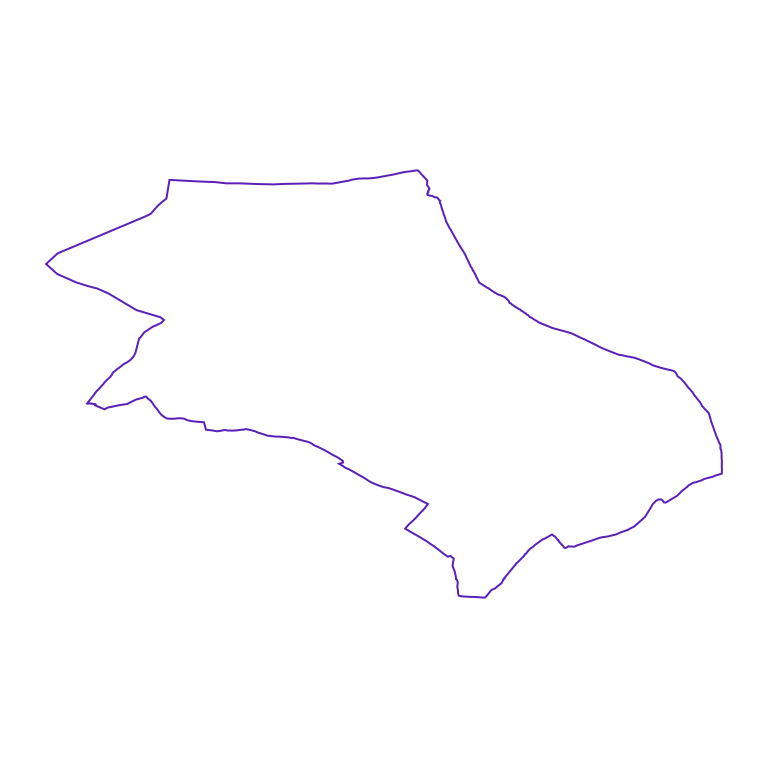 the district of Gjerstad nor, Aust-Agder, Norway
{"feature_id": "86288312B47450701300036", "entity_name": "Gjerstad nor", "entity_type": "district", "adm_level": 2, "iso_a3": "NOR", "parent_name": "Norway", "parent_adm1": "Aust-Agder", "projection": "equal_earth", "projection_center": [8.999, 58.878], "detail": "fine", "context": "isolated", "style": "outline", "palette": "violet", "viewbox_px": 768, "rotation_deg": 0, "n_neighbors": 0, "source": "geoboundaries", "source_scale": "gbopen_adm2", "svg_char_len": 6095}
<svg xmlns="http://www.w3.org/2000/svg" viewBox="0 0 768 768"><path d="M721.8,473.6L721.9,470.4L721.8,465.3L721.9,464.3L721.8,463.4L721.9,460.7L721.6,457.7L721.6,453.5L721.4,451.9L721.1,450.0L720.6,449.2L720.3,447.7L720.6,445.8L720.3,444.7L718.9,442.3L717.8,439.2L716.3,435.9L711.0,421.0L710.3,418.3L708.8,413.1L705.9,410.2L701.9,405.7L701.2,404.1L700.0,402.2L698.1,399.8L696.7,398.2L695.8,396.9L694.3,395.2L693.6,394.2L693.3,393.3L692.7,392.5L692.5,392.0L691.5,391.2L690.3,389.7L688.7,388.0L687.1,386.1L686.4,385.0L684.5,382.7L683.8,381.7L682.9,381.0L681.0,378.7L679.8,377.9L677.6,376.2L677.4,375.8L676.1,373.3L674.3,371.2L672.1,370.5L664.2,368.7L659.9,367.5L652.8,365.3L649.1,363.3L642.7,360.7L634.4,357.7L626.7,356.3L625.2,355.9L624.2,355.8L622.7,355.3L618.6,354.7L604.6,349.2L599.1,346.7L596.0,345.0L587.1,340.7L584.7,339.4L583.1,338.8L579.5,337.2L576.0,335.4L571.1,333.2L564.5,331.3L552.7,328.1L538.5,322.3L537.2,321.3L533.9,319.4L532.6,318.3L531.8,318.0L531.5,317.7L529.8,317.0L529.5,316.8L528.4,315.4L526.8,314.5L525.2,313.1L523.9,312.4L522.5,311.2L521.4,310.8L521.1,310.4L520.4,309.7L518.8,309.0L517.6,308.2L517.1,307.8L516.0,307.4L515.5,306.9L514.7,306.5L514.1,305.9L512.1,304.7L511.3,303.8L510.7,303.4L509.6,303.0L508.8,301.0L505.8,298.0L504.7,297.1L501.4,295.6L497.7,294.3L491.7,290.6L488.2,288.1L486.8,287.5L485.6,286.7L479.5,282.8L478.7,281.8L478.1,280.1L475.9,276.2L475.7,275.1L475.1,274.3L474.0,272.0L473.3,271.2L473.3,270.7L472.8,270.3L472.0,268.4L471.7,267.7L470.6,266.7L470.4,266.0L470.4,265.3L469.4,263.9L468.6,261.7L466.3,257.3L465.7,255.6L464.0,252.5L460.3,246.8L458.0,242.9L452.4,232.8L450.7,229.9L450.4,229.2L449.5,227.9L446.2,221.6L444.9,217.3L443.7,214.3L443.4,213.0L441.8,208.4L440.9,204.7L440.0,203.0L440.0,202.4L439.4,200.2L439.5,200.2L438.8,199.5L438.5,199.0L437.4,197.8L436.8,197.6L436.2,197.2L435.2,197.4L434.9,197.4L432.4,196.0L430.8,195.8L429.6,195.5L428.5,195.1L427.8,195.0L427.6,194.6L427.3,194.5L427.3,193.7L427.7,193.1L427.6,192.9L428.0,192.3L428.4,192.0L428.4,191.9L428.3,191.6L428.0,191.4L428.3,190.7L429.5,189.1L429.5,188.9L429.2,188.6L429.0,188.0L428.3,186.7L427.7,186.0L427.0,184.7L427.2,183.0L427.1,182.4L427.2,182.1L427.3,180.6L425.8,178.9L421.0,173.8L420.2,172.7L417.9,170.4L416.4,170.4L409.9,171.4L405.3,171.9L400.3,172.9L396.3,173.9L393.0,174.6L377.2,177.5L373.4,178.0L367.2,178.5L365.3,178.4L362.4,178.5L359.6,178.5L351.7,179.7L349.0,180.6L340.6,182.1L332.6,183.6L316.7,183.5L312.1,183.3L305.4,183.5L285.0,183.9L273.2,184.4L256.6,184.0L237.8,183.3L225.7,183.3L215.4,182.1L209.3,181.9L197.3,181.4L169.5,179.9L166.4,198.6L162.1,202.0L160.4,203.5L158.1,205.5L154.8,209.1L150.9,213.7L146.1,216.1L57.7,253.3L46.1,264.0L57.2,274.0L76.2,282.4L87.6,286.0L97.4,288.6L108.5,293.5L136.7,310.2L160.3,317.2L164.0,320.0L161.3,322.8L159.8,323.6L155.8,325.5L153.4,326.3L144.3,332.3L140.4,337.5L139.2,338.3L136.2,349.9L136.1,350.1L135.5,352.6L133.7,356.3L131.2,359.3L127.5,362.1L124.1,363.9L113.2,372.3L112.4,373.6L112.1,374.5L110.1,377.1L107.5,379.4L104.5,382.4L103.5,383.9L100.3,387.3L98.4,389.6L96.4,391.4L93.1,395.9L87.1,403.5L87.7,403.8L89.4,403.3L90.6,403.6L91.9,403.7L92.2,403.7L92.3,403.9L94.9,404.0L95.5,404.2L95.7,404.5L95.2,405.4L104.6,409.3L107.6,407.6L120.7,404.9L125.1,404.3L127.0,404.1L130.2,402.4L136.4,399.4L138.3,399.1L139.6,398.5L142.4,398.0L144.2,396.8L145.7,396.5L146.3,396.8L147.1,397.6L147.2,397.9L149.4,399.8L150.1,400.2L150.8,400.8L153.3,404.2L154.9,406.8L156.8,408.7L159.3,412.3L161.1,414.5L163.4,416.4L165.4,417.7L167.3,418.6L172.0,418.8L175.9,418.6L176.8,418.4L178.9,418.2L181.5,418.4L183.9,418.6L185.5,419.3L186.9,420.1L191.5,421.1L195.7,421.6L204.0,422.3L206.0,429.7L211.2,430.3L217.2,431.3L219.6,431.0L225.1,429.9L227.3,430.5L233.6,430.6L237.5,430.3L240.3,429.9L243.4,429.6L245.2,429.2L246.1,429.1L250.7,430.1L255.8,431.5L256.4,431.9L258.6,432.8L263.6,434.3L267.2,435.6L275.7,436.6L278.8,436.6L288.9,437.4L291.2,438.1L293.0,437.8L297.1,439.1L302.7,440.5L304.1,441.0L306.4,441.4L309.6,442.4L312.9,444.3L313.4,444.8L314.9,445.6L321.3,448.5L327.5,451.8L331.8,454.4L338.4,457.8L342.7,460.8L343.1,462.5L339.1,463.8L341.9,465.4L345.6,467.9L348.4,469.0L364.5,478.1L369.0,481.1L371.3,482.4L377.9,485.2L381.6,486.5L384.3,487.3L388.1,487.9L389.7,488.4L397.7,491.2L400.3,492.2L403.7,493.4L404.6,493.9L411.4,496.1L414.8,497.3L417.0,498.5L420.2,500.0L421.2,500.6L427.9,504.0L424.4,508.7L418.5,514.8L416.3,517.4L412.8,520.8L409.8,523.5L407.0,526.4L405.2,528.7L408.4,530.5L409.9,531.5L419.7,537.0L425.3,540.5L426.7,541.2L429.5,543.3L433.0,545.6L437.9,549.2L443.9,554.0L447.9,556.7L450.2,555.9L452.8,557.9L453.7,558.4L453.7,559.1L453.4,560.9L452.5,565.1L453.0,567.0L454.7,571.5L455.6,575.6L455.8,576.5L456.0,577.9L456.0,579.2L456.9,579.8L457.7,582.1L457.7,583.9L457.4,585.5L457.3,586.5L457.5,588.3L457.8,589.1L458.0,590.9L458.0,592.7L458.2,593.7L458.7,595.5L459.0,595.8L460.7,596.2L463.5,596.5L471.1,596.9L475.6,597.0L477.3,597.2L479.7,597.3L482.5,597.6L485.2,597.5L487.1,595.4L489.1,592.9L490.0,591.6L491.1,590.4L492.2,589.6L493.8,588.9L495.4,588.3L496.8,586.8L501.4,583.3L502.7,581.0L503.4,579.6L504.0,579.0L503.7,578.9L514.9,565.3L515.8,564.4L515.8,563.7L517.1,562.8L524.5,555.5L524.6,554.4L526.1,553.6L528.4,550.5L530.4,548.6L533.0,546.8L535.2,544.8L542.3,539.6L545.3,538.3L552.0,534.5L553.0,535.3L554.8,536.5L556.1,537.8L557.4,539.6L557.7,540.1L558.3,540.0L558.6,540.5L558.5,540.8L559.3,542.0L559.7,542.3L560.8,543.7L563.1,546.0L564.0,547.5L565.2,548.0L567.4,547.2L568.1,546.4L568.7,546.2L569.7,546.5L574.7,546.6L576.8,545.5L590.9,540.9L599.0,538.0L600.8,537.5L608.6,536.3L609.4,536.0L610.4,535.8L615.9,534.5L620.7,532.4L626.8,530.2L627.5,530.2L628.0,529.8L630.4,528.4L634.4,526.4L645.1,516.8L650.9,507.4L652.7,504.2L655.9,500.9L657.4,500.1L658.4,499.5L661.1,499.4L662.6,500.5L663.2,501.2L663.8,502.2L665.2,502.6L666.4,502.2L676.6,496.1L680.1,492.9L680.8,492.1L681.4,491.4L683.8,489.6L685.9,487.8L686.8,487.2L687.5,486.6L688.0,485.8L688.6,485.3L690.4,484.5L690.8,484.1L692.6,483.1L693.9,482.6L695.6,482.3L701.4,480.4L704.7,478.8L712.1,476.9L714.3,476.1L715.3,475.5L716.1,475.4L721.8,473.6Z" fill="none" stroke="#5b21b6" stroke-width="2"/></svg>